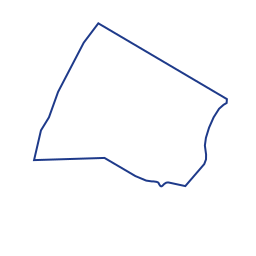 the Governorate of Al Qahirah, rotated 213°
{"feature_id": "EGY-1533", "entity_name": "Al Qahirah", "entity_type": "Governorate", "adm_level": 1, "iso_a3": "EGY", "parent_name": "Egypt", "parent_adm1": "", "projection": "orthographic", "projection_center": [31.424, 30.049], "detail": "fine", "context": "isolated", "style": "outline", "palette": "blue", "viewbox_px": 256, "rotation_deg": 213, "n_neighbors": 0, "source": "natural_earth", "source_scale": "10m", "svg_char_len": 585}
<svg xmlns="http://www.w3.org/2000/svg" viewBox="0 0 256 256"><g transform="rotate(213 128 128)"><path d="M199.7,78.6L200.1,93.9L206.3,120.2L211.6,175.5L209.9,199.6L60.8,206.1L58.9,202.7L60.5,199.5L62.1,193.8L62.0,183.6L60.2,172.4L57.3,162.2L54.0,155.2L48.0,148.2L45.5,144.2L44.4,139.3L48.3,110.5L64.3,104.4L65.1,103.9L65.7,103.4L66.3,102.7L66.7,101.8L67.2,100.6L67.6,98.5L67.9,97.7L68.3,97.2L69.0,97.0L69.9,97.2L71.4,97.9L72.3,98.5L73.3,98.7L74.7,98.4L77.5,97.1L78.9,96.2L84.1,93.8L95.6,91.7L131.4,90.1L189.3,49.9L199.7,78.6Z" fill="none" stroke="#1e3a8a" stroke-width="2"/></g></svg>